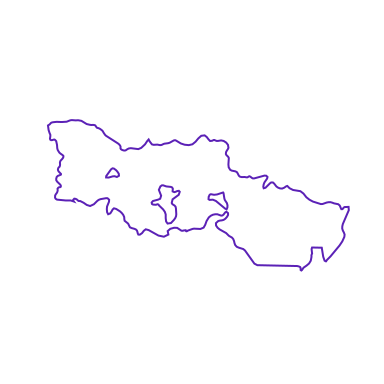 the border of Batken, rotated 201°
{"feature_id": "KGZ-1119", "entity_name": "Batken", "entity_type": "Region", "adm_level": 1, "iso_a3": "KGZ", "parent_name": "Kyrgyzstan", "parent_adm1": "", "projection": "equal_earth", "projection_center": [71.05, 39.853], "detail": "fine", "context": "isolated", "style": "outline", "palette": "violet", "viewbox_px": 384, "rotation_deg": 201, "n_neighbors": 0, "source": "natural_earth", "source_scale": "10m", "svg_char_len": 5426}
<svg xmlns="http://www.w3.org/2000/svg" viewBox="0 0 384 384"><g transform="rotate(201 192 192)"><path d="M298.1,143.9L299.5,143.6L300.1,142.2L299.5,141.2L298.9,140.8L299.0,140.8L302.3,140.6L307.0,138.8L315.3,136.5L316.8,136.8L317.8,137.6L318.5,139.6L318.4,140.8L317.8,143.1L317.8,144.4L318.0,145.5L318.7,146.8L318.4,148.0L317.8,148.8L316.8,149.3L316.4,149.9L316.6,150.7L317.5,151.6L321.5,153.3L322.9,154.3L323.5,155.6L323.7,157.5L323.1,158.9L321.0,160.8L320.6,161.3L320.8,161.9L323.9,163.4L324.8,164.2L325.3,165.1L325.4,166.4L325.2,167.3L324.7,168.1L324.7,169.1L325.0,170.3L325.9,172.3L326.0,173.6L325.7,174.7L325.2,175.8L324.8,177.0L324.6,178.0L324.7,178.9L325.1,179.7L326.1,180.1L328.5,180.7L329.9,181.2L331.4,182.3L332.5,183.2L333.5,184.6L334.9,187.6L337.0,190.8L338.6,191.6L339.5,191.6L341.2,190.3L342.1,189.9L343.1,190.1L343.7,190.9L344.3,193.5L344.8,194.7L346.1,196.0L348.1,198.5L350.3,202.5L349.1,204.1L348.6,205.5L348.3,206.1L347.7,206.7L346.8,207.3L343.5,209.0L338.8,210.6L334.2,212.7L331.7,215.0L330.7,215.7L329.2,216.3L326.2,217.2L324.0,218.2L320.7,218.8L314.7,217.7L311.7,218.1L310.2,218.4L308.1,219.3L307.1,219.5L306.2,219.5L304.3,218.2L303.6,217.9L302.2,218.1L300.7,218.0L298.7,217.5L297.4,217.0L295.4,215.4L294.6,214.9L294.0,214.4L292.5,213.7L278.5,210.8L277.0,210.3L275.7,209.5L275.0,208.8L274.4,207.1L273.7,206.5L272.3,206.2L270.6,206.3L269.4,206.7L268.7,207.3L267.7,208.8L266.6,210.0L264.8,211.0L257.5,212.8L255.2,215.0L253.2,219.1L252.9,219.8L252.1,223.4L251.3,225.5L249.7,224.1L246.5,222.1L244.7,222.3L241.4,223.8L238.7,224.3L237.8,224.7L237.1,225.2L235.8,226.6L235.1,227.2L231.8,229.0L230.5,230.0L227.5,233.6L226.4,234.3L225.3,234.3L219.8,233.3L215.8,233.5L211.8,234.6L208.7,236.7L206.7,240.2L205.3,244.3L203.5,247.8L200.5,249.4L197.9,248.6L195.5,247.1L193.4,246.1L191.6,247.0L190.4,248.3L189.7,248.6L188.8,248.5L187.4,248.5L186.2,248.9L183.3,250.6L180.7,251.0L177.8,250.4L175.3,248.9L173.8,246.3L173.9,244.8L174.3,243.1L174.5,241.4L174.0,239.6L173.1,238.8L170.8,237.8L169.8,236.9L167.9,230.8L166.6,228.2L164.3,226.4L162.6,226.2L159.1,226.8L157.4,226.7L156.2,225.9L154.1,224.0L152.8,223.5L151.1,223.7L148.1,224.9L146.5,225.2L145.6,225.5L145.0,226.2L144.5,226.9L143.9,227.3L143.0,227.2L141.0,226.6L140.0,226.5L138.8,227.0L130.2,233.3L128.5,233.8L126.9,233.1L126.7,231.4L127.8,226.9L127.8,224.7L127.3,222.4L126.4,221.2L124.9,222.3L122.3,228.1L121.5,229.3L119.9,229.9L118.3,229.3L115.2,227.4L113.2,226.9L111.1,226.9L109.1,227.5L107.5,229.0L106.0,231.2L105.2,231.8L102.3,230.5L98.4,230.1L91.1,231.6L87.4,230.5L83.4,228.1L79.6,226.9L75.7,226.4L67.4,226.9L65.8,227.6L62.5,230.4L60.9,231.4L59.2,232.1L57.4,232.3L55.3,232.3L51.1,233.0L49.2,232.3L46.9,229.9L46.4,229.5L45.4,229.9L45.1,230.7L44.8,231.7L44.2,232.6L40.5,234.2L39.1,231.2L39.7,216.2L39.4,213.9L38.7,211.8L37.4,210.1L35.7,208.6L34.3,207.0L33.7,204.7L34.0,199.7L35.1,194.9L39.6,181.6L41.4,177.5L41.9,176.2L41.9,175.4L42.3,175.2L43.6,175.4L46.3,178.6L50.9,186.5L60.0,183.2L59.9,181.6L57.8,177.5L57.9,176.7L57.8,175.8L57.6,175.1L57.2,174.3L56.5,170.4L57.1,167.2L58.7,164.3L60.7,161.4L60.9,160.6L61.4,158.5L61.8,157.9L62.6,158.1L63.5,160.1L64.1,160.7L65.6,160.8L67.2,160.6L104.8,147.1L108.1,147.5L121.6,156.4L123.7,157.1L128.4,156.8L130.6,156.9L132.7,158.0L134.0,159.5L135.2,161.3L136.7,162.9L138.4,163.8L141.8,164.3L145.4,165.9L152.9,167.0L155.3,167.8L157.5,169.3L158.5,171.5L157.1,174.3L155.6,175.4L154.0,176.2L152.5,177.3L151.3,179.0L150.4,181.4L150.1,183.5L150.8,185.2L152.9,185.9L153.7,184.8L154.5,182.1L155.2,181.0L156.3,180.4L160.3,180.3L162.4,179.5L164.3,178.3L165.9,176.6L167.2,174.3L168.0,170.0L167.9,166.1L168.4,162.9L170.9,160.5L177.0,158.5L178.3,157.7L182.0,154.5L182.6,153.7L182.9,153.4L183.4,153.3L183.9,153.5L184.2,153.8L184.3,154.0L186.0,153.1L186.7,152.5L188.0,152.1L193.0,153.2L195.9,152.2L199.1,149.8L200.7,146.8L198.8,143.8L202.2,140.2L207.7,139.3L218.8,140.9L221.8,140.6L223.1,138.5L223.9,135.7L225.4,133.5L226.8,133.0L227.7,133.8L228.6,135.1L229.6,136.3L230.9,136.9L232.4,137.0L235.4,136.7L237.3,136.8L240.3,139.6L244.6,141.0L245.5,142.5L246.3,144.3L248.0,146.0L250.0,147.2L252.2,148.1L256.7,149.0L259.0,148.8L259.8,147.3L260.1,145.2L260.6,142.8L262.3,141.2L264.0,142.7L265.4,145.5L266.1,148.0L266.0,153.2L266.6,155.1L268.6,155.9L269.9,155.5L274.9,152.5L276.4,151.1L277.4,149.4L279.2,145.4L282.1,142.4L285.6,142.2L289.3,143.1L293.1,143.5L294.2,143.1L294.7,143.0L295.5,143.2L296.6,143.7L298.1,143.9ZM219.5,168.3L218.8,168.2L218.4,168.0L218.1,167.7L212.7,165.4L210.2,163.7L208.5,161.6L207.2,158.2L205.6,155.2L203.5,153.8L200.5,155.5L198.9,159.4L198.3,161.6L198.2,163.6L198.7,165.6L201.1,170.9L202.1,172.4L203.4,173.1L205.9,173.6L207.0,174.5L207.5,178.2L203.4,184.6L203.5,187.8L204.7,188.4L206.1,187.6L207.4,186.3L208.5,185.5L210.3,185.6L210.7,186.7L211.0,188.1L212.1,189.1L213.5,189.2L218.0,188.0L221.2,187.9L222.5,187.4L223.5,185.9L223.7,182.1L219.5,177.5L219.3,174.3L220.8,172.8L225.2,169.6L225.9,167.7L225.1,166.5L223.9,166.3L221.5,167.0L221.0,167.2L220.0,168.1L219.5,168.3ZM154.9,188.3L153.5,188.3L153.4,190.2L154.1,192.3L155.4,194.1L158.6,196.4L159.5,197.6L162.2,202.3L162.8,202.7L167.7,198.7L170.4,197.3L173.6,196.7L174.5,195.8L174.7,193.5L174.0,191.2L172.8,190.9L169.8,192.3L166.5,192.2L154.9,188.3ZM273.3,185.9L274.7,185.6L275.7,184.1L277.8,176.1L277.4,174.8L275.0,175.6L271.6,178.2L269.9,179.0L267.5,179.1L266.0,181.0L266.9,182.8L269.0,184.3L270.8,185.2L273.3,185.9Z" fill="none" stroke="#5b21b6" stroke-width="2"/></g></svg>